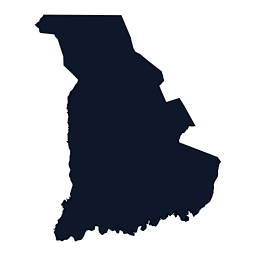 the district of Kabompo, North-Western, Zambia
{"feature_id": "96606910B9917173826335", "entity_name": "Kabompo", "entity_type": "district", "adm_level": 2, "iso_a3": "ZMB", "parent_name": "Zambia", "parent_adm1": "North-Western", "projection": "natural_earth1", "projection_center": [23.814, -13.517], "detail": "fine", "context": "isolated", "style": "filled", "palette": "ink", "viewbox_px": 256, "rotation_deg": 0, "n_neighbors": 0, "source": "geoboundaries", "source_scale": "gbopen_adm2", "svg_char_len": 5730}
<svg xmlns="http://www.w3.org/2000/svg" viewBox="0 0 256 256"><path d="M120.9,15.9L44.7,15.4L44.5,16.4L44.0,16.3L44.0,16.7L43.5,17.3L43.2,17.1L43.2,16.7L42.7,17.5L41.5,18.5L41.5,18.9L40.9,19.0L41.1,19.7L40.1,20.4L40.0,22.2L39.0,22.6L39.1,23.0L38.8,23.1L38.5,22.8L38.3,23.5L38.0,23.0L37.7,23.2L37.7,23.6L37.2,23.6L37.2,24.1L35.9,24.9L37.6,26.5L39.3,27.7L39.9,29.1L40.0,31.3L40.7,32.2L54.7,33.7L56.0,36.5L58.3,38.7L64.0,56.3L64.3,65.2L70.4,70.8L78.9,79.4L78.1,82.7L77.6,83.0L76.9,84.4L76.2,84.6L76.0,85.5L75.1,86.5L73.5,89.5L70.8,92.1L71.1,92.6L70.5,93.0L70.1,94.1L70.2,94.3L70.0,94.2L69.8,95.2L69.4,95.7L69.4,96.1L69.0,96.4L68.8,96.3L68.4,96.8L68.2,98.3L68.7,98.6L68.4,99.4L68.9,99.6L68.7,100.3L68.4,100.7L68.7,101.1L68.4,101.3L68.5,102.5L68.2,102.4L68.5,102.7L68.4,103.6L68.6,104.1L68.3,104.3L68.1,104.0L67.8,104.5L68.2,105.0L67.7,105.6L68.0,106.2L67.2,108.2L68.1,108.9L68.1,109.8L68.5,109.8L68.7,110.1L68.7,111.6L67.9,112.6L68.3,112.7L68.6,113.9L69.0,113.8L68.9,114.6L69.3,114.7L68.8,115.3L69.3,116.0L68.9,117.5L69.3,118.1L69.0,118.2L68.9,118.4L69.2,118.5L68.8,118.9L68.8,119.8L68.5,120.1L68.7,121.6L68.0,122.3L68.2,122.8L68.6,122.9L68.9,124.3L69.3,124.4L69.2,125.1L69.7,125.2L69.7,126.0L68.9,127.4L69.3,127.6L69.4,128.6L69.7,128.8L68.9,129.9L69.3,130.8L69.1,131.1L69.2,131.8L68.8,133.4L68.5,133.7L68.6,133.9L68.5,134.5L68.1,134.7L68.4,135.4L68.4,138.5L68.8,139.2L68.4,139.6L68.7,139.8L68.5,140.8L68.6,141.1L68.2,141.8L67.8,141.8L68.2,142.3L68.6,142.3L68.6,142.8L69.1,143.4L69.0,144.0L69.3,144.5L69.0,144.6L69.0,145.1L69.6,146.7L69.4,147.1L70.0,147.7L69.9,148.4L70.3,148.6L70.1,149.0L71.0,150.4L71.2,151.2L70.7,152.0L71.0,153.3L70.3,156.5L70.3,160.3L69.3,163.4L69.4,165.0L70.0,167.2L71.1,169.0L71.1,170.2L69.7,174.6L70.1,177.0L71.2,178.0L70.9,179.3L73.0,183.4L73.4,185.2L70.7,194.0L71.3,196.5L71.7,197.2L71.3,197.6L71.4,198.3L70.6,198.7L70.6,198.3L70.4,198.6L70.1,198.3L70.2,199.4L69.9,199.4L69.4,200.0L68.8,199.9L68.8,200.6L68.2,200.6L67.8,200.3L68.1,201.0L67.3,202.8L66.5,202.7L65.1,200.8L64.4,200.5L64.1,201.0L64.4,200.9L64.8,201.6L63.9,202.0L63.9,202.8L63.7,202.7L63.5,203.1L63.3,202.9L63.2,203.2L62.3,203.7L62.1,204.2L62.3,204.3L62.0,204.8L63.2,205.3L63.4,205.8L63.2,206.0L63.4,207.1L63.7,206.8L64.0,207.6L65.0,208.2L64.7,208.3L64.8,208.8L64.5,209.6L64.0,210.0L64.4,210.3L63.9,210.4L63.8,211.4L63.2,211.5L63.4,212.1L63.2,212.5L63.7,212.9L63.7,213.5L62.7,214.2L62.9,214.6L62.3,215.4L61.8,217.2L60.8,217.9L60.6,218.8L59.8,219.2L59.8,219.6L59.4,220.1L58.7,220.0L58.3,220.4L58.7,221.7L59.0,221.8L59.1,222.5L59.3,222.6L58.7,222.8L58.6,223.4L58.3,223.4L58.1,223.9L57.4,224.5L56.5,224.8L56.1,225.6L56.4,227.5L55.8,227.9L55.7,229.1L55.3,229.2L55.8,229.4L55.9,229.9L54.5,232.2L55.2,233.5L55.6,233.7L56.0,235.9L56.3,236.0L56.2,236.2L56.6,236.7L56.5,237.0L56.9,237.2L56.6,238.6L56.9,238.9L56.8,239.3L57.2,239.9L59.9,239.4L61.4,240.3L62.3,240.5L63.5,239.6L64.9,239.0L66.7,239.1L68.7,237.6L69.6,236.1L71.0,235.5L72.6,235.9L74.5,237.8L75.0,238.8L75.1,239.9L75.4,240.5L75.8,240.6L77.5,239.7L80.6,239.2L81.4,238.7L83.2,236.0L84.9,231.8L86.2,229.9L88.7,229.2L91.5,230.2L93.1,229.8L93.8,229.3L94.2,228.6L94.3,226.3L95.4,225.3L97.7,225.5L98.8,226.2L99.3,227.4L99.2,229.8L99.4,230.8L100.1,232.4L101.8,234.1L102.7,234.1L104.5,232.5L106.1,232.2L106.7,231.3L107.2,229.6L107.8,228.5L108.3,228.3L110.3,228.7L111.1,229.6L112.8,230.4L114.4,229.5L115.1,229.6L116.2,230.5L117.1,232.4L117.8,232.7L118.3,232.6L118.6,231.7L118.7,230.3L119.0,229.7L120.5,229.3L123.4,231.2L123.8,232.6L124.3,233.2L127.3,232.6L130.4,234.3L133.7,235.2L133.9,234.8L133.9,233.9L132.3,232.5L132.1,231.4L132.7,230.9L134.9,232.0L136.2,231.7L137.4,226.9L138.2,226.2L140.5,225.1L142.2,225.7L142.4,226.1L142.2,227.0L141.1,229.0L141.4,229.4L142.5,230.1L143.4,230.2L145.0,228.9L145.9,227.6L146.0,226.8L145.8,224.9L145.1,223.8L146.0,222.9L147.3,223.4L147.6,223.3L147.8,222.5L147.6,220.8L148.0,220.0L149.3,219.7L150.3,220.5L150.3,222.9L149.5,224.1L149.7,224.5L150.2,224.5L151.1,224.1L152.5,225.4L154.9,225.3L155.5,225.8L155.8,225.7L157.9,222.7L158.2,221.4L158.9,220.8L159.1,219.5L159.8,219.4L159.4,218.4L159.8,217.7L160.4,217.5L161.4,217.9L161.9,218.6L163.1,219.1L165.4,218.5L166.2,217.1L167.4,216.3L167.5,215.6L166.9,214.8L167.1,214.3L168.6,214.2L170.2,215.3L170.7,214.6L172.1,213.7L172.9,212.0L174.1,212.4L175.3,211.8L175.7,211.3L176.5,212.0L176.1,213.0L175.3,213.7L174.1,214.2L175.1,215.1L175.6,216.5L176.2,216.2L176.6,214.6L176.9,214.4L179.1,213.9L179.3,214.4L179.1,215.1L181.0,217.4L181.4,219.7L182.4,220.1L184.7,220.2L185.8,221.1L186.3,220.8L186.3,220.4L185.2,219.6L185.6,218.0L186.0,218.0L187.3,220.1L187.8,220.4L188.3,219.8L188.3,218.1L187.8,217.1L185.9,216.3L185.8,215.3L185.1,214.9L184.5,214.4L184.4,213.9L185.1,213.5L186.7,214.4L187.7,214.2L187.9,213.6L187.7,212.6L187.8,210.3L188.0,209.9L189.3,209.7L190.8,212.3L192.1,211.8L192.6,212.1L192.4,212.8L192.5,213.3L193.4,214.6L193.6,215.7L193.8,215.9L194.3,215.0L196.1,214.1L196.5,213.2L196.9,213.3L198.0,212.4L198.5,211.4L198.6,210.6L201.5,207.3L202.2,207.2L203.9,206.2L204.3,205.8L204.6,204.5L207.1,203.0L209.3,201.2L210.7,198.7L211.5,196.3L212.0,195.9L211.9,195.5L212.1,194.0L212.8,192.9L212.7,191.0L213.3,187.8L213.0,184.7L213.9,181.8L217.2,176.0L217.4,173.4L217.2,171.3L217.8,168.1L218.8,163.5L220.1,161.7L217.0,157.6L177.6,142.5L177.8,141.7L178.4,141.6L178.1,139.6L179.2,138.2L179.9,135.3L181.0,134.2L181.3,132.8L181.6,132.6L183.4,132.4L184.5,131.6L185.9,129.1L187.1,128.8L188.6,125.2L189.0,124.9L189.9,125.5L192.3,125.8L194.4,125.5L183.5,105.9L179.1,98.8L165.8,103.0L158.3,85.4L159.5,84.7L161.0,83.3L162.2,81.6L163.2,80.9L163.4,80.3L162.6,78.0L162.3,75.6L161.5,73.6L161.2,71.9L146.8,60.7L139.6,54.6L135.2,52.5L134.7,51.9L132.8,48.8L130.4,39.3L130.3,38.2L120.9,15.9Z" fill="#0f172a" stroke="#020617" stroke-width="1.5"/></svg>